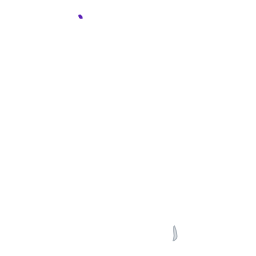 location of Matagi, Tuvalu
{"feature_id": "33948139B17363749661168", "entity_name": "Matagi", "entity_type": "district", "adm_level": 2, "iso_a3": "TUV", "parent_name": "Tuvalu", "parent_adm1": "", "projection": "natural_earth1", "projection_center": [178.689, -7.484], "detail": "fine", "context": "in_parent", "style": "filled", "palette": "violet", "viewbox_px": 256, "rotation_deg": 0, "n_neighbors": 0, "source": "geoboundaries", "source_scale": "gbopen_adm2", "svg_char_len": 854}
<svg xmlns="http://www.w3.org/2000/svg" viewBox="0 0 256 256"><path d="M176.5,238.4L174.1,240.6L173.2,240.6L174.2,235.8L173.6,230.8L173.7,226.8L174.5,226.0L176.1,230.6L177.0,236.4L176.5,238.4Z" fill="#d9dde1" stroke="#a8b0b8" stroke-width="1"/><path d="M80.9,18.0L80.9,17.9L80.9,17.7L81.0,17.7L81.2,17.8L81.3,17.8L81.5,17.9L81.6,17.7L81.8,17.7L81.7,17.5L81.5,17.4L81.5,17.2L81.5,16.9L81.5,16.7L81.4,16.7L81.2,16.5L81.2,16.4L81.1,16.2L80.9,16.1L80.8,15.9L80.6,15.8L80.6,15.7L80.4,15.6L80.2,15.5L80.2,15.4L79.9,15.4L79.9,15.5L79.7,15.7L79.4,15.5L79.4,15.4L79.2,15.4L79.1,15.5L79.0,15.8L79.0,16.0L79.3,16.2L79.5,16.2L79.5,16.3L79.6,16.5L79.8,16.8L79.9,17.0L80.0,17.1L80.0,17.3L79.9,17.3L79.9,17.5L79.7,17.7L79.7,17.8L79.6,18.0L79.7,17.9L79.8,17.9L80.1,17.8L80.3,17.9L80.5,17.9L80.5,18.0L80.9,18.0Z" fill="#8b5cf6" stroke="#5b21b6" stroke-width="1.5"/></svg>